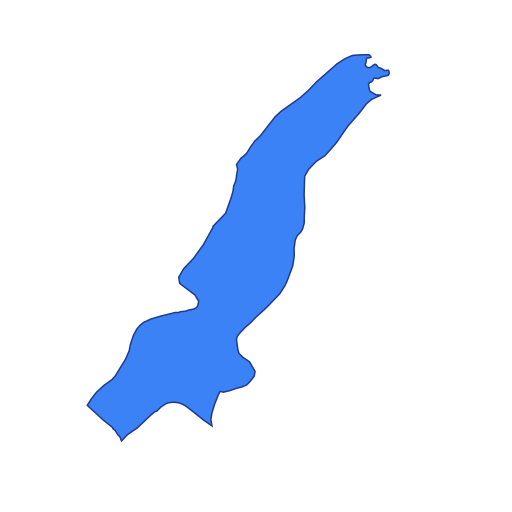 San Juan Ixcoy, Huehuetenango, Guatemala (orthographic projection), rotated 307°
{"feature_id": "79465075B73654259569509", "entity_name": "San Juan Ixcoy", "entity_type": "district", "adm_level": 2, "iso_a3": "GTM", "parent_name": "Guatemala", "parent_adm1": "Huehuetenango", "projection": "orthographic", "projection_center": [-91.344, 15.641], "detail": "fine", "context": "isolated", "style": "filled", "palette": "blue", "viewbox_px": 512, "rotation_deg": 307, "n_neighbors": 0, "source": "geoboundaries", "source_scale": "gbopen_adm2", "svg_char_len": 2620}
<svg xmlns="http://www.w3.org/2000/svg" viewBox="0 0 512 512"><g transform="rotate(307 256 256)"><path d="M459.8,259.0L458.3,256.8L457.3,255.7L456.9,254.6L456.8,253.7L456.5,250.0L456.3,249.2L456.2,248.1L456.7,246.9L460.3,243.0L461.0,242.5L461.9,242.4L463.0,242.4L463.9,243.0L464.8,243.6L465.7,243.7L466.9,243.5L468.5,243.1L469.5,243.7L469.9,244.4L470.5,245.7L471.0,246.5L472.0,247.4L473.1,247.7L474.1,248.2L475.0,248.9L476.2,249.7L477.4,250.7L478.5,251.9L479.8,252.8L480.9,252.8L481.6,252.7L482.3,252.3L483.1,251.4L483.8,250.7L484.0,249.9L483.3,249.0L482.3,248.0L481.7,247.4L481.4,246.1L481.4,245.0L481.2,243.5L480.9,242.3L480.7,241.6L480.2,240.3L480.4,239.3L480.7,238.5L481.1,237.3L481.1,236.5L480.4,235.3L479.6,235.0L478.5,234.7L477.4,234.5L476.4,234.2L475.1,233.6L474.6,232.9L473.8,231.9L473.6,230.6L473.9,229.4L474.2,228.6L474.9,227.9L476.1,227.6L477.0,227.3L478.8,226.2L480.3,225.5L481.3,225.8L482.8,227.6L483.9,228.2L484.5,227.4L484.6,226.4L484.7,224.9L479.1,217.9L474.7,212.8L472.2,211.1L466.8,208.2L458.4,205.1L431.3,199.5L419.2,198.1L408.9,196.0L387.0,189.0L378.8,187.5L354.8,187.1L347.3,185.9L340.4,186.0L332.6,186.7L328.5,186.0L324.9,185.1L317.4,185.4L314.4,189.0L303.6,194.7L298.6,196.0L293.6,198.8L287.2,201.2L271.9,206.0L253.9,203.8L252.9,204.4L233.8,207.1L216.5,207.5L202.4,205.9L192.6,207.0L188.2,211.5L188.1,230.7L185.4,237.4L184.2,238.0L181.5,239.4L178.8,239.5L176.1,238.2L172.7,235.1L169.3,232.7L166.4,229.5L163.9,227.8L162.3,225.5L154.3,219.1L150.9,216.2L142.1,209.8L135.6,206.3L130.9,205.1L125.8,204.8L118.7,205.9L109.3,209.1L104.2,211.7L95.2,213.9L78.5,215.5L75.8,215.8L70.3,215.3L61.1,212.4L51.1,210.6L42.3,210.5L35.2,211.1L33.1,232.0L32.7,244.6L32.0,245.7L31.9,248.4L30.0,253.6L29.6,256.3L27.3,259.9L36.0,260.9L40.9,262.5L42.3,263.0L46.9,264.6L66.6,267.9L70.9,269.0L72.7,270.2L78.5,271.0L80.5,271.8L83.0,272.6L84.8,273.5L86.1,274.5L89.2,277.6L91.9,281.9L93.3,285.8L93.9,290.4L93.9,295.8L93.4,313.1L93.8,323.1L98.3,318.3L104.3,315.2L112.8,312.1L123.2,309.3L126.3,308.9L127.7,312.0L132.7,316.1L137.7,319.4L142.9,323.5L147.3,326.1L152.4,326.8L159.0,326.9L163.3,324.7L167.6,314.4L167.2,306.2L168.0,301.0L170.5,297.6L177.9,290.4L180.8,289.4L185.2,289.4L188.5,289.9L192.4,290.3L199.1,291.8L206.6,292.7L221.0,295.4L240.3,297.7L249.2,297.0L253.9,296.1L265.2,292.8L270.4,291.2L279.1,286.5L284.9,281.9L292.2,277.8L296.9,276.7L301.9,277.3L305.3,277.0L311.3,274.7L316.3,271.0L324.2,265.7L333.8,257.6L349.1,246.8L357.1,245.9L365.9,246.9L368.1,247.2L377.6,250.7L388.0,251.6L395.4,252.0L414.7,251.2L432.1,252.5L444.1,252.6L450.7,254.1L459.8,259.0Z" fill="#3b82f6" stroke="#1e3a8a" stroke-width="1.5"/></g></svg>